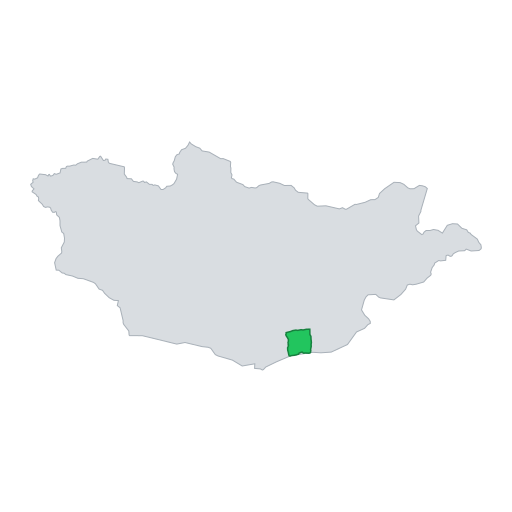 Xanbogd, Ömnögovi, Mongolia (highlighted)
{"feature_id": "93677404B95802719700643", "entity_name": "Xanbogd", "entity_type": "district", "adm_level": 2, "iso_a3": "MNG", "parent_name": "Mongolia", "parent_adm1": "Ömnögovi", "projection": "orthographic", "projection_center": [107.26, 42.897], "detail": "fine", "context": "in_parent", "style": "filled", "palette": "green", "viewbox_px": 512, "rotation_deg": 0, "n_neighbors": 0, "source": "geoboundaries", "source_scale": "gbopen_adm2", "svg_char_len": 4651}
<svg xmlns="http://www.w3.org/2000/svg" viewBox="0 0 512 512"><path d="M33.2,178.8L34.8,179.1L37.6,177.8L38.5,175.3L39.7,174.0L45.6,174.7L48.0,176.0L48.8,174.5L49.4,174.4L50.4,176.1L51.9,175.8L53.0,175.3L54.3,173.6L56.2,174.3L60.1,172.9L60.9,169.0L62.5,168.4L65.7,168.3L66.4,166.6L67.2,166.2L69.5,166.2L73.8,165.0L75.7,165.2L77.4,163.8L81.3,162.2L86.7,162.1L87.3,161.1L92.7,158.4L97.8,159.2L99.8,156.4L100.6,156.2L103.4,160.5L105.0,160.3L105.8,159.0L107.9,159.3L108.3,162.0L109.3,163.3L124.2,166.8L124.5,167.8L124.3,174.0L126.6,177.2L127.1,178.6L131.4,178.8L133.4,181.4L137.1,181.9L138.8,182.7L142.7,181.1L143.6,181.2L144.5,182.5L146.4,181.9L149.5,184.4L152.1,184.4L153.2,185.4L154.8,184.9L158.4,185.9L161.0,189.5L163.1,189.5L165.8,187.7L166.7,186.3L170.3,186.0L172.5,184.8L174.0,183.6L176.6,179.1L177.6,174.3L175.9,173.4L174.5,171.6L174.0,168.9L174.1,167.1L172.7,164.2L173.1,162.8L174.3,160.6L175.3,156.8L176.8,154.8L179.3,153.9L179.7,152.4L181.6,149.7L185.5,148.3L188.0,145.3L189.6,142.0L191.2,143.9L195.8,146.7L199.8,148.2L202.1,150.9L209.2,152.1L220.7,158.7L223.2,158.6L230.2,161.4L230.7,162.3L230.4,166.6L230.9,167.9L230.8,172.5L232.0,174.9L231.4,177.7L232.0,178.6L233.8,179.1L236.5,182.2L242.9,184.6L244.7,186.6L249.1,188.1L251.4,187.4L255.2,188.0L256.6,187.7L259.0,185.6L260.6,185.0L269.2,183.4L271.5,182.0L273.1,181.8L279.7,183.3L284.4,185.5L291.1,185.4L294.2,187.9L295.5,190.2L298.2,192.3L307.5,193.1L307.9,193.6L307.8,198.5L308.2,199.3L314.4,204.7L317.3,206.2L325.9,205.8L339.4,208.9L342.5,207.7L345.4,209.3L346.5,209.2L355.0,204.3L356.3,204.5L365.1,202.3L370.7,199.7L375.0,199.6L378.3,197.4L379.5,193.5L384.7,188.7L394.0,182.3L400.1,182.6L403.8,184.3L407.9,187.9L410.1,188.8L414.0,188.7L419.4,185.4L422.4,185.8L425.2,186.7L427.3,188.5L420.9,210.2L420.9,211.4L418.6,216.0L418.9,223.0L415.5,225.8L416.4,229.7L417.3,231.1L421.8,234.6L423.1,234.0L424.0,232.2L426.1,230.5L430.1,230.5L433.5,229.5L438.0,230.3L442.4,233.1L447.3,225.3L452.5,223.7L457.5,224.0L461.9,228.3L466.7,229.8L468.3,232.4L470.3,233.2L471.0,234.4L477.3,239.1L478.9,242.5L480.9,244.8L481.3,247.5L481.1,248.8L479.0,250.5L471.1,251.0L466.2,249.1L464.7,250.7L458.7,251.0L455.4,252.5L453.3,253.8L452.1,255.7L451.1,256.3L450.1,256.3L448.1,255.1L446.6,255.4L446.1,255.7L445.7,260.3L440.5,260.9L438.7,260.5L434.7,263.1L434.2,264.9L432.2,267.5L430.6,272.2L431.2,274.0L430.7,275.3L427.1,278.1L423.7,282.0L416.2,284.2L412.6,284.8L409.9,284.2L407.3,285.0L405.6,289.2L400.9,294.5L393.9,299.9L380.5,297.9L378.8,297.2L375.8,294.4L368.1,294.8L366.0,296.9L364.3,300.0L361.5,309.9L364.8,315.3L368.6,318.8L370.2,321.3L370.3,323.4L367.9,324.6L364.6,328.3L356.5,332.0L347.5,344.5L331.2,352.1L320.9,352.8L312.8,352.3L290.8,355.7L276.5,361.8L265.8,367.0L263.4,369.6L262.3,370.0L260.4,368.9L254.6,368.4L254.8,363.8L242.2,366.0L232.4,360.1L218.1,356.0L215.3,354.6L210.8,348.3L208.3,347.3L202.0,346.6L185.0,342.5L176.8,344.1L142.4,335.7L129.6,335.6L129.1,335.0L128.8,331.0L123.7,324.4L123.1,322.8L123.1,320.5L120.1,307.8L117.3,305.6L118.4,300.6L113.9,300.3L109.2,297.7L104.6,293.3L102.5,290.3L99.1,289.1L95.4,283.7L93.5,282.4L83.3,278.7L77.9,278.3L72.4,276.0L65.9,274.6L64.1,273.2L62.2,273.0L58.8,270.2L56.2,270.1L54.6,262.7L56.1,258.5L57.9,256.2L61.6,253.0L61.8,251.5L61.3,247.8L64.3,242.0L64.5,238.1L63.7,233.5L61.8,232.0L60.0,225.6L60.0,220.8L59.4,217.4L56.7,214.9L56.3,212.0L55.4,211.6L54.6,212.3L52.7,212.3L51.2,210.2L50.6,208.0L49.6,207.2L47.5,206.9L45.5,207.4L43.6,206.5L42.3,204.3L38.4,200.6L38.7,198.5L38.4,197.0L37.1,196.3L36.1,194.5L32.1,191.8L32.3,190.8L34.0,188.9L31.4,186.5L30.7,184.3L33.1,182.3L32.7,180.5L33.2,178.8Z" fill="#d9dde1" stroke="#a8b0b8" stroke-width="1"/><path d="M289.5,356.3L289.5,356.2L290.2,356.0L290.5,355.9L291.0,355.7L292.1,355.5L293.1,355.4L294.2,355.3L294.4,355.2L294.7,355.2L295.1,355.1L296.5,354.8L296.6,354.7L297.6,354.4L298.2,354.3L298.6,354.1L298.8,353.7L299.0,353.2L299.9,352.8L300.0,352.8L300.1,352.7L300.8,352.4L301.1,352.3L301.7,352.1L302.2,352.1L302.8,352.6L303.1,352.9L303.2,353.0L303.4,353.1L304.4,353.1L305.2,353.0L305.8,353.0L306.8,353.1L307.5,353.1L308.5,353.2L309.0,353.2L309.5,353.0L309.8,353.0L310.4,352.6L310.8,350.8L310.6,349.4L311.2,346.5L311.1,344.2L311.4,342.7L311.2,340.5L311.0,339.2L311.0,338.4L310.9,336.3L309.9,334.5L309.8,329.2L309.7,329.2L306.2,329.3L303.1,330.0L301.1,329.7L297.7,330.4L295.9,330.1L292.8,330.6L290.6,331.5L286.2,332.6L286.3,333.0L285.8,334.8L286.4,336.1L286.5,336.3L287.3,337.4L288.4,339.4L288.4,341.1L288.0,342.7L288.1,343.2L288.4,344.5L288.1,344.9L288.5,345.7L287.9,347.2L287.6,347.7L287.7,350.1L287.8,350.4L288.0,351.2L288.3,352.3L288.8,354.9L289.5,356.3Z" fill="#22c55e" stroke="#15803d" stroke-width="1.5"/></svg>